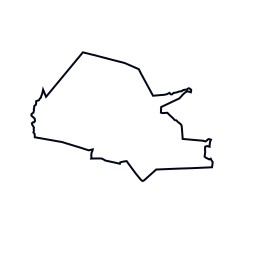 Sumé, Paraíba, Brazil (Robinson projection), rotated 134°
{"feature_id": "56859067B85735836369597", "entity_name": "Sumé", "entity_type": "district", "adm_level": 2, "iso_a3": "BRA", "parent_name": "Brazil", "parent_adm1": "Paraíba", "projection": "robinson", "projection_center": [-36.914, -7.646], "detail": "fine", "context": "isolated", "style": "outline", "palette": "ink", "viewbox_px": 256, "rotation_deg": 134, "n_neighbors": 0, "source": "geoboundaries", "source_scale": "gbopen_adm2", "svg_char_len": 1789}
<svg xmlns="http://www.w3.org/2000/svg" viewBox="0 0 256 256"><g transform="rotate(134 128 128)"><path d="M58.7,107.6L57.5,108.3L56.6,109.2L57.0,111.7L58.4,112.4L59.7,112.3L60.6,113.4L62.5,114.7L64.1,114.9L66.3,116.6L68.2,117.5L69.4,118.3L71.2,119.6L73.2,119.7L74.1,120.7L73.9,122.6L76.5,123.4L78.8,124.9L87.4,132.4L79.8,156.5L78.2,161.1L83.6,175.6L89.6,186.1L99.4,203.5L104.9,213.0L157.5,209.0L162.5,208.6L159.4,215.7L160.8,214.8L162.1,214.0L163.6,213.2L165.3,212.6L166.6,211.8L168.1,211.8L170.0,211.4L171.4,212.2L172.5,212.7L173.5,211.8L174.4,210.9L175.6,210.4L177.0,210.8L178.5,209.7L179.7,209.0L180.5,208.0L182.6,206.7L184.0,207.0L185.2,207.0L186.2,206.0L186.1,204.0L186.1,201.6L187.4,199.9L189.0,199.5L190.1,200.4L191.4,200.4L192.2,199.1L192.6,197.4L193.1,195.9L194.3,195.1L195.5,193.6L196.9,193.0L197.1,191.1L198.2,189.9L199.4,188.6L184.0,165.8L175.2,148.6L171.4,140.8L167.9,138.5L169.2,137.7L171.1,137.0L172.2,136.2L173.3,135.4L174.3,134.0L175.6,133.3L171.4,129.1L169.2,126.8L168.3,125.8L167.6,123.7L167.2,121.8L160.9,111.6L159.4,109.0L158.1,109.7L156.9,109.0L155.5,108.1L154.1,107.0L152.8,106.0L155.4,90.6L156.3,82.7L156.1,80.8L155.0,80.2L153.7,80.0L138.3,78.9L129.5,70.5L123.0,64.3L112.5,54.1L97.9,40.3L96.4,41.3L94.8,42.5L93.6,43.5L93.3,45.4L92.6,47.2L94.2,47.8L94.6,49.2L95.2,51.1L95.4,53.0L91.6,55.8L90.0,57.7L87.8,59.5L86.1,58.6L84.8,56.3L83.4,57.6L80.3,59.7L78.8,60.2L79.8,62.2L81.3,62.7L82.7,62.6L84.0,63.1L84.9,65.0L86.2,66.6L97.9,81.1L96.3,82.8L89.4,90.6L88.7,91.9L88.7,93.6L88.9,95.5L89.0,96.9L88.9,98.5L89.9,99.9L89.7,101.9L89.7,103.7L89.8,106.2L89.8,108.4L89.7,110.2L91.0,111.4L92.2,112.5L93.3,113.5L94.1,115.0L89.9,118.7L73.1,112.4L71.1,111.6L65.9,111.7L63.7,111.7L62.0,111.4L60.3,110.7L59.3,109.0L58.7,107.6Z" fill="none" stroke="#020617" stroke-width="2"/></g></svg>